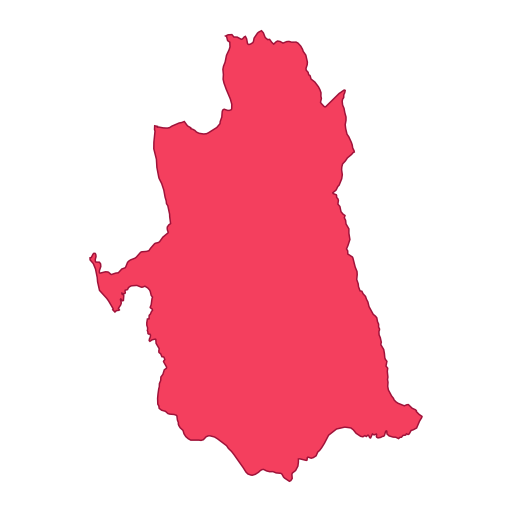 outline of Echeandia, Bolivar, Ecuador
{"feature_id": "8360857B61359836335380", "entity_name": "Echeandia", "entity_type": "district", "adm_level": 2, "iso_a3": "ECU", "parent_name": "Ecuador", "parent_adm1": "Bolivar", "projection": "equal_earth", "projection_center": [-79.28, -1.448], "detail": "fine", "context": "isolated", "style": "filled", "palette": "rose", "viewbox_px": 512, "rotation_deg": 0, "n_neighbors": 0, "source": "geoboundaries", "source_scale": "gbopen_adm2", "svg_char_len": 6034}
<svg xmlns="http://www.w3.org/2000/svg" viewBox="0 0 512 512"><path d="M313.3,457.6L316.1,455.8L317.7,452.1L319.6,450.4L321.6,447.8L324.4,443.3L328.6,435.2L336.5,429.0L344.8,427.1L350.8,427.9L353.3,429.8L356.1,433.3L360.6,436.3L362.9,436.8L364.9,435.6L366.3,436.5L368.0,435.1L369.0,436.1L369.6,437.5L370.3,438.0L370.6,437.9L372.4,434.0L374.1,434.9L376.3,434.0L376.6,434.3L376.4,436.6L376.7,437.2L378.0,437.9L380.7,437.4L382.3,436.5L383.7,436.2L384.4,435.5L385.7,431.3L386.4,430.9L386.8,431.2L387.0,434.0L389.1,435.9L393.1,437.1L395.7,437.2L398.6,438.6L399.8,437.4L401.5,437.2L403.0,435.4L405.6,435.1L406.4,433.8L408.1,434.5L409.2,433.9L411.1,430.5L413.2,429.8L416.6,428.0L419.6,421.0L421.7,417.6L422.0,416.4L419.0,414.3L416.3,411.5L416.4,410.7L415.5,409.8L412.1,408.2L408.4,404.6L407.0,404.7L404.3,405.8L397.9,403.2L396.0,401.9L394.0,399.8L393.5,398.4L391.6,396.0L388.4,390.0L387.7,386.4L388.0,382.3L387.5,379.6L387.9,377.1L387.3,371.4L387.7,368.2L386.0,366.1L386.9,361.3L385.4,359.4L384.8,357.8L384.4,353.4L383.7,349.5L380.9,344.8L380.9,343.8L381.3,342.3L380.3,337.7L379.1,334.9L378.9,331.6L379.5,329.9L379.5,328.9L378.6,327.1L378.6,324.1L377.5,321.7L376.8,317.8L375.5,316.2L373.2,314.3L369.0,306.6L367.9,302.0L366.5,299.3L365.5,296.4L363.1,293.8L361.9,291.3L360.0,290.8L358.5,286.7L358.2,283.8L356.7,279.5L357.2,274.6L357.0,271.5L355.2,267.1L352.9,258.0L352.4,257.0L347.8,254.0L347.7,250.9L346.5,248.9L348.0,245.4L349.9,239.5L348.9,233.3L348.9,228.9L346.0,223.9L345.6,220.3L344.3,217.8L345.0,215.5L343.1,214.2L341.0,211.7L339.9,206.5L337.9,204.1L338.4,200.4L337.9,198.8L336.6,197.4L336.6,195.6L336.3,194.8L333.1,193.5L332.8,192.8L336.1,190.0L337.8,186.5L339.1,185.2L341.7,178.8L342.3,174.7L341.6,169.8L341.8,166.9L342.6,163.9L345.4,160.9L347.4,157.9L351.7,154.3L353.0,152.7L354.3,152.0L354.0,150.6L352.7,148.0L352.2,144.9L351.4,142.5L348.8,136.8L347.0,134.2L345.7,128.7L345.2,124.7L346.0,120.3L346.0,117.0L344.8,112.6L344.0,108.3L342.6,105.0L342.2,101.3L342.6,99.2L343.7,97.6L343.8,94.7L344.7,92.8L345.2,90.5L344.8,90.1L344.0,90.1L339.1,93.5L325.6,106.8L324.7,106.8L323.9,106.3L321.3,103.5L320.5,102.3L321.4,98.4L320.9,96.2L321.0,92.8L320.0,89.9L318.5,86.9L314.9,82.1L311.0,79.0L310.2,76.0L309.8,75.4L308.7,74.8L308.1,72.3L306.2,70.2L306.0,68.3L307.2,64.7L307.4,62.1L305.8,55.1L303.2,51.4L302.6,49.5L300.8,46.2L298.0,43.1L296.1,42.1L291.6,42.2L289.0,41.4L286.7,41.6L283.0,43.1L280.1,41.5L277.6,41.0L276.1,41.8L273.7,44.1L271.8,42.4L269.6,39.4L267.7,39.6L265.4,37.7L264.9,36.8L263.4,32.9L261.5,30.7L258.7,32.1L257.5,33.1L254.1,38.1L253.5,41.3L252.9,42.6L250.3,44.2L248.8,44.5L248.2,44.3L247.5,43.5L246.6,38.8L245.4,36.4L244.3,36.9L242.5,38.9L241.3,39.3L237.2,37.1L233.9,37.0L231.9,34.6L228.1,34.8L225.6,36.0L226.6,36.6L227.6,40.6L229.8,42.2L230.0,46.9L229.2,49.5L226.5,55.3L225.1,62.2L223.5,66.2L222.9,69.3L223.4,74.6L223.1,79.2L224.0,83.1L226.2,89.2L230.3,98.9L231.8,104.3L231.7,108.9L231.1,109.8L229.4,110.4L227.6,110.4L224.1,109.2L222.7,110.1L222.2,111.7L221.8,117.1L220.2,121.6L220.0,123.7L216.8,127.5L208.4,132.8L206.5,133.7L203.7,134.0L199.1,133.3L196.5,132.1L194.8,130.4L192.8,129.3L190.7,128.6L190.8,127.8L187.5,125.9L184.3,121.5L181.8,122.5L179.1,123.0L171.9,126.1L169.6,127.6L167.3,128.1L163.3,127.9L159.0,127.1L157.4,127.2L157.5,126.4L154.7,125.8L154.5,129.4L155.0,131.2L153.9,142.2L153.8,148.8L156.4,159.2L156.9,167.4L158.7,176.9L159.1,178.4L161.7,183.6L163.8,190.0L165.1,197.2L166.2,200.9L166.5,203.7L167.8,205.7L169.6,214.1L169.7,216.6L170.6,223.6L168.8,224.9L167.3,227.0L167.2,228.5L167.4,230.0L168.2,232.2L168.0,232.9L162.9,237.1L159.6,241.7L158.4,242.5L155.2,243.3L154.4,243.9L150.7,248.1L148.9,250.7L146.5,251.4L141.7,251.8L140.6,252.3L136.3,257.2L134.9,258.2L130.6,259.9L128.9,261.0L127.6,262.3L125.7,267.0L125.1,267.8L121.8,269.0L118.3,272.8L115.7,273.1L111.5,274.5L110.8,274.3L108.5,272.2L107.2,271.9L105.4,271.8L100.2,273.1L99.5,272.9L99.3,272.1L99.5,270.3L100.8,266.5L100.6,263.9L99.4,262.2L96.0,262.1L95.3,261.2L95.3,259.2L96.0,256.7L95.9,255.3L95.7,254.3L95.1,253.4L93.9,253.3L93.1,254.0L91.3,257.5L90.0,257.8L90.1,259.9L93.3,263.6L95.5,269.0L97.2,277.4L97.6,281.9L99.5,290.4L106.7,298.3L108.7,301.1L113.0,308.5L113.1,309.2L112.7,309.7L114.9,312.0L116.5,310.6L118.9,310.3L119.4,309.9L118.4,308.3L120.6,305.1L121.2,303.4L121.2,302.3L120.4,299.6L120.6,299.0L121.1,299.1L122.3,300.8L123.4,300.5L123.8,295.6L123.4,295.0L122.0,294.0L121.9,293.2L124.1,293.8L124.9,293.5L125.3,292.7L125.0,291.0L125.2,290.2L127.5,289.6L128.4,287.7L129.6,286.7L131.4,285.8L136.9,285.4L141.4,287.2L142.6,287.1L144.9,286.2L147.7,287.9L149.6,290.0L150.3,291.6L151.2,295.4L152.5,297.1L152.0,298.7L151.2,304.7L150.2,307.3L150.4,307.8L152.2,309.1L152.5,310.4L151.6,311.3L150.3,314.2L149.2,315.3L149.0,318.8L147.4,319.0L146.8,322.7L146.8,325.1L147.6,327.8L147.6,329.5L147.3,330.4L147.9,332.0L147.9,333.3L148.4,334.0L150.0,334.2L150.5,335.1L150.3,337.1L149.4,339.0L149.2,340.6L149.9,341.3L152.2,339.8L155.2,339.1L155.8,339.4L156.1,343.4L159.2,348.7L158.8,351.0L159.0,352.5L160.7,353.8L161.9,356.7L163.6,356.9L164.2,357.7L164.8,359.7L163.8,360.8L163.5,361.6L166.6,367.1L166.4,368.3L164.3,369.8L162.9,374.3L160.9,377.0L160.7,380.5L159.4,383.6L159.3,386.7L158.7,389.0L158.0,394.1L157.6,398.4L157.8,404.2L158.8,405.9L159.2,408.4L161.6,410.2L165.4,411.3L168.0,413.6L169.7,414.1L174.2,414.5L176.4,415.3L176.9,415.9L177.4,420.0L178.4,422.7L178.3,424.0L178.8,425.5L180.2,427.8L183.0,430.4L184.0,433.8L185.8,436.6L188.2,438.7L190.7,440.1L198.9,440.1L201.0,440.4L203.4,439.7L206.2,436.7L208.5,435.8L210.0,435.8L214.6,437.0L217.5,438.8L226.6,445.7L228.4,448.4L231.5,451.4L234.0,454.6L243.1,467.5L246.0,472.1L247.9,474.0L251.1,475.1L252.4,475.2L255.3,474.3L258.6,472.2L260.0,470.8L261.9,469.6L263.6,469.4L266.5,470.9L269.7,471.7L273.0,471.6L276.1,472.9L280.8,473.3L282.0,474.2L283.5,477.0L284.6,478.1L289.4,481.3L290.8,480.6L292.2,478.5L291.9,474.4L292.3,473.1L295.6,470.5L297.9,466.1L298.4,462.2L298.4,459.0L299.6,458.8L306.3,460.4L307.0,460.1L307.3,457.7L308.0,457.1L311.2,458.2L313.3,457.6Z" fill="#f43f5e" stroke="#9f1239" stroke-width="1.5"/></svg>